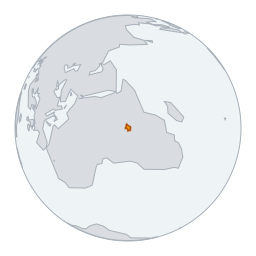 the Earth from above Nord-Kivu, rotated 294°
{"feature_id": "COD-1898", "entity_name": "Nord-Kivu", "entity_type": "Province", "adm_level": 1, "iso_a3": "COD", "parent_name": "Democratic Republic of the Congo", "parent_adm1": "", "projection": "orthographic", "projection_center": [28.468, -0.551], "detail": "coarse", "context": "on_globe", "style": "filled", "palette": "amber", "viewbox_px": 256, "rotation_deg": 294, "n_neighbors": 0, "source": "natural_earth", "source_scale": "10m", "svg_char_len": 6145}
<svg xmlns="http://www.w3.org/2000/svg" viewBox="0 0 256 256"><g transform="rotate(294 128 128)"><circle cx="128" cy="128" r="113" fill="#eef3f6" stroke="#a8b0b8"/><path d="M64.8,34.8L61.0,37.7L59.2,39.0L56.0,41.4L64.8,34.8ZM50.5,46.3L51.2,45.6L49.7,47.1L49.0,47.7L50.5,46.3ZM16.8,109.9L16.3,116.2L17.4,119.6L17.7,124.4L17.4,127.4L18.2,128.2L18.2,130.2L23.4,133.2L27.5,138.2L28.4,145.1L26.9,153.0L30.2,169.7L28.8,175.2L31.6,181.8L35.9,191.5L34.7,190.8L38.2,195.6L40.2,198.4L40.2,198.6L35.5,192.3L31.3,185.7L27.5,178.8L24.2,171.7L21.4,164.3L19.1,156.8L17.3,149.1L16.1,141.3L15.5,133.5L15.4,125.6L15.8,117.7L16.8,109.9ZM58.4,216.6L57.4,215.6L58.1,216.2L59.0,217.0L58.4,216.6ZM230.0,80.3L231.7,84.3L231.9,86.8L232.6,88.7L231.1,86.2L231.5,89.7L236.2,101.7L236.9,105.1L236.4,110.9L235.9,108.4L232.0,101.6L233.0,109.6L236.0,116.9L237.2,125.2L235.5,122.3L234.2,115.0L232.8,112.4L231.9,105.3L228.4,94.8L226.7,96.5L225.6,92.4L220.5,84.0L217.4,86.2L213.2,96.5L214.6,107.1L212.3,111.7L204.7,96.2L201.1,86.3L198.4,87.1L190.5,78.9L177.1,78.2L175.1,75.8L172.6,76.9L167.0,74.5L163.9,70.6L160.6,70.8L168.7,81.2L172.3,81.1L175.2,77.1L176.8,80.9L182.2,84.4L176.5,93.7L156.5,102.3L154.4,94.5L138.7,74.1L139.1,71.8L139.0,71.6L138.8,71.2L137.5,74.8L134.7,71.0L143.3,84.8L144.7,91.0L156.2,102.8L155.1,104.1L158.8,106.6L170.4,103.6L170.5,106.2L165.1,118.7L148.9,136.1L151.0,148.0L149.8,158.2L139.7,165.1L140.5,173.1L135.3,175.9L134.9,180.4L130.7,185.3L123.6,190.0L111.7,190.3L110.9,186.2L105.0,178.4L96.8,159.3L99.8,150.5L98.7,143.7L90.1,129.2L92.0,120.9L89.7,117.6L84.9,118.6L82.2,114.7L79.3,114.8L61.3,118.6L55.9,113.7L49.5,98.6L52.8,92.3L53.5,85.3L76.4,61.5L81.1,62.4L98.9,58.9L101.1,59.5L98.9,64.5L112.1,70.3L116.6,66.0L128.8,69.3L136.9,69.1L140.1,59.9L126.7,59.9L124.5,55.6L135.4,51.8L147.1,52.5L146.6,50.9L139.3,47.3L142.1,44.5L136.8,45.9L138.9,47.4L135.6,48.5L133.5,47.1L134.6,46.1L131.1,45.4L126.9,51.0L128.5,53.2L119.3,54.4L121.1,58.3L118.6,60.3L114.5,54.4L115.0,52.2L107.2,46.6L105.9,48.9L113.1,54.5L110.8,54.1L109.0,57.8L108.5,54.7L101.0,48.5L92.7,50.4L82.0,60.0L77.2,61.2L73.3,59.7L77.5,50.5L87.7,49.1L89.3,46.3L87.4,42.8L90.7,42.8L91.2,41.4L95.1,40.9L100.7,37.3L104.7,36.8L107.2,32.9L109.5,32.2L107.4,34.6L108.1,36.3L118.0,35.8L119.9,34.9L120.7,32.5L123.4,32.9L122.8,30.7L128.6,29.9L121.1,29.2L121.9,27.0L125.5,25.4L124.4,24.7L118.5,27.4L117.4,28.7L118.6,29.8L114.3,33.9L110.9,34.7L110.2,30.5L105.2,31.4L106.9,28.1L121.7,21.9L127.8,21.0L137.4,23.6L135.9,24.7L131.7,24.2L135.4,26.4L135.2,25.3L137.3,25.9L138.6,24.3L140.2,24.6L138.6,22.8L140.7,23.0L141.7,24.2L145.3,22.6L149.8,23.0L149.8,22.6L148.6,21.9L155.0,23.2L154.8,22.8L152.6,22.2L150.7,21.2L149.8,20.0L152.0,20.5L152.7,21.0L157.4,23.0L158.7,24.5L159.6,24.7L159.0,23.5L153.2,21.0L152.0,20.2L155.0,21.2L153.8,20.7L156.2,20.8L153.0,19.7L151.3,17.9L155.5,18.8L158.3,19.6L158.8,19.7L166.5,22.1L173.9,25.1L181.1,28.7L188.1,32.7L194.7,37.3L201.0,42.2L207.0,47.7L212.5,53.5L217.6,59.7L222.2,66.3L226.4,73.2L230.0,80.3ZM68.4,72.9L67.8,74.9L67.8,75.0L68.4,72.9ZM159.6,58.5L166.6,59.1L163.2,53.5L165.7,53.4L163.6,51.7L163.0,53.2L158.0,48.6L161.0,47.3L160.0,45.1L157.6,44.9L153.1,48.2L160.1,54.4L158.6,56.6L159.6,58.5ZM17.3,107.4L17.1,108.2L17.3,107.4ZM54.1,43.5L51.5,46.0L52.9,44.5L51.5,45.7L52.5,44.4L58.4,39.6L55.6,41.9L54.1,43.5ZM90.1,35.1L91.3,35.7L89.7,37.3L84.7,38.9L87.0,36.5L90.1,35.1ZM93.5,36.4L94.2,32.2L97.4,31.3L95.5,32.5L97.5,32.3L95.0,34.1L97.3,37.8L96.0,39.5L87.4,40.9L90.9,39.4L89.5,38.7L93.5,36.4ZM90.6,26.1L91.0,25.1L97.3,24.4L96.3,25.5L91.2,26.9L89.4,26.5L90.6,26.1ZM112.4,16.4L112.4,16.5L114.0,16.3L116.8,16.0L117.2,16.2L114.7,16.3L116.9,16.5L113.6,16.9L114.1,16.9L111.6,17.4L109.5,18.1L108.0,18.3L107.8,18.5L106.2,18.9L105.4,19.4L102.5,19.9L101.3,20.6L100.6,20.5L99.3,21.5L99.0,21.0L96.8,21.8L98.3,21.8L84.5,25.4L79.0,27.8L74.6,30.2L74.6,29.5L78.7,27.0L84.7,24.1L90.0,22.1L89.0,22.4L91.3,21.6L91.1,21.7L92.7,21.1L94.5,20.5L99.9,18.9L100.0,18.9L112.4,16.4ZM103.7,57.6L105.4,57.8L108.2,57.5L107.1,60.0L103.7,57.6ZM98.5,53.4L100.1,53.0L99.9,56.1L98.1,56.1L98.5,53.4ZM101.1,50.4L100.2,52.8L99.6,51.5L101.1,50.4ZM108.9,34.3L110.6,33.9L110.7,34.5L109.7,35.4L108.9,34.3ZM122.9,18.1L121.8,17.9L122.3,17.7L121.7,17.0L124.1,16.9L125.4,17.2L122.9,18.1ZM137.7,61.4L135.3,63.2L134.1,62.3L135.2,61.9L137.7,61.4ZM120.4,61.4L124.3,62.5L120.1,62.1L120.4,61.4ZM125.4,17.8L124.9,17.5L126.5,17.7L125.4,17.8ZM125.8,16.8L127.6,16.9L124.4,16.8L125.8,16.8ZM176.3,212.0L176.6,213.4L175.0,213.5L176.3,212.0ZM168.7,156.6L160.6,174.6L155.4,174.6L154.6,169.3L157.8,158.5L163.9,155.4L167.0,150.5L168.7,156.6ZM239.3,145.2L239.2,145.7L239.4,144.5L239.4,144.9L239.3,145.2ZM239.3,144.3L237.8,143.0L236.9,141.2L237.4,139.3L238.9,140.5L239.3,144.3ZM237.3,139.2L235.5,133.2L231.1,116.8L232.7,117.3L237.0,127.5L236.8,129.1L237.9,133.8L237.3,139.2ZM240.3,119.1L240.4,121.6L240.6,124.7L240.6,127.3L240.5,130.9L240.3,135.8L239.7,134.7L239.3,133.6L239.1,127.0L239.2,123.9L239.7,124.2L239.8,114.4L240.0,116.3L240.3,119.1ZM215.1,108.1L217.6,114.6L216.1,115.6L215.1,108.1ZM239.1,109.6L239.4,111.6L239.0,108.6L239.1,109.6ZM233.6,91.8L233.3,92.1L232.7,90.5L232.8,89.2L233.6,91.8ZM145.1,18.4L143.2,19.3L143.5,20.4L146.1,21.4L141.6,20.6L141.2,18.9L145.1,18.4ZM150.3,17.8L148.0,17.3L149.5,17.5L150.2,17.7L150.3,17.8ZM148.5,17.5L144.8,16.9L143.8,16.6L147.0,17.1L148.5,17.5ZM135.1,16.7L134.4,16.9L133.2,16.7L135.1,16.7ZM220.4,192.4L220.2,192.7L221.0,191.3L223.2,188.0L228.7,177.5L228.7,177.8L231.7,171.0L233.4,167.6L229.8,176.2L225.4,184.5L220.4,192.4Z" fill="#d9dde1" stroke="#a8b0b8" stroke-width="1"/><path d="M130.2,129.6L129.9,129.9L129.7,129.9L129.4,130.3L128.9,130.3L128.8,130.2L128.6,130.4L128.4,130.4L128.2,130.7L127.8,130.5L127.7,130.8L127.2,131.0L126.8,130.8L126.6,130.9L126.5,130.5L125.5,129.3L125.8,129.3L125.6,129.0L125.7,128.9L126.6,128.6L126.7,128.3L126.5,128.0L127.3,127.3L127.3,126.9L127.4,126.6L127.2,126.1L126.6,125.8L127.2,125.5L127.7,125.5L128.2,125.8L129.1,125.7L129.4,125.6L129.8,125.7L130.0,125.6L129.8,125.4L129.9,125.2L130.1,125.3L130.2,125.2L130.5,125.2L131.0,125.2L130.9,125.4L130.9,125.9L130.7,126.2L130.6,126.6L130.4,126.8L130.2,128.6L130.2,129.6Z" fill="#f59e0b" stroke="#b45309" stroke-width="1.5"/></g></svg>